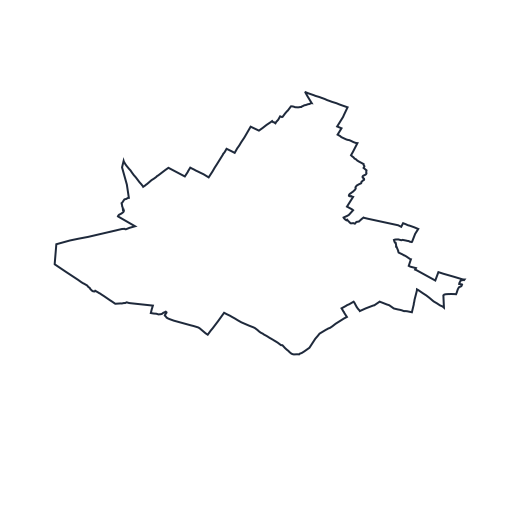 Sipote, Iasi, Romania, rotated 142°
{"feature_id": "2599482B43206903693326", "entity_name": "Sipote", "entity_type": "district", "adm_level": 2, "iso_a3": "ROU", "parent_name": "Romania", "parent_adm1": "Iasi", "projection": "equal_earth", "projection_center": [27.182, 47.479], "detail": "fine", "context": "isolated", "style": "outline", "palette": "slate", "viewbox_px": 512, "rotation_deg": 142, "n_neighbors": 0, "source": "geoboundaries", "source_scale": "gbopen_adm2", "svg_char_len": 6099}
<svg xmlns="http://www.w3.org/2000/svg" viewBox="0 0 512 512"><g transform="rotate(142 256 256)"><path d="M291.2,170.4L290.1,169.4L289.8,165.5L289.4,163.2L289.0,161.6L288.8,160.5L288.8,159.8L288.2,157.2L287.8,156.5L287.2,155.6L286.6,155.0L284.3,153.4L282.5,151.9L281.8,152.1L279.6,151.4L276.7,151.1L270.4,150.8L260.2,154.3L256.6,155.0L253.7,155.7L246.3,154.8L244.7,154.5L243.7,154.4L242.0,153.8L239.2,153.6L235.0,153.6L225.1,152.6L221.9,152.0L221.5,156.6L221.2,157.9L221.3,158.2L220.9,161.0L220.8,162.1L215.9,161.3L214.5,161.2L212.3,160.6L207.2,159.9L207.2,158.7L208.1,153.6L208.0,153.3L208.2,152.0L208.1,151.5L208.1,150.4L207.9,149.5L208.1,148.7L201.9,147.2L194.7,145.0L193.6,144.6L193.4,144.4L193.0,144.3L186.6,143.9L186.3,143.2L185.7,142.3L182.7,137.2L181.8,135.9L181.3,135.1L181.0,134.1L179.7,129.8L177.0,126.4L175.9,125.2L174.6,123.5L173.5,121.7L173.1,121.2L172.6,121.0L172.2,120.6L171.0,119.5L167.8,115.7L161.5,120.7L160.8,121.5L159.5,122.5L157.9,124.0L154.9,126.3L150.5,129.7L149.7,130.6L149.2,129.5L147.4,123.8L146.1,120.1L145.1,116.2L144.2,111.8L143.9,110.6L142.6,107.4L141.4,103.8L140.2,101.6L140.0,101.1L139.7,99.6L132.6,109.6L131.4,109.7L130.1,109.1L128.9,108.3L127.9,107.6L126.9,106.8L126.4,106.5L123.5,104.2L121.9,102.7L120.8,103.3L117.5,105.5L115.4,106.4L112.8,105.8L111.2,106.6L111.2,106.8L113.1,108.9L112.2,109.6L109.9,110.6L109.2,110.4L107.5,109.5L106.9,108.9L106.2,109.1L106.7,109.5L107.6,110.4L108.3,111.4L112.9,117.9L119.3,126.7L122.2,131.0L129.8,126.3L136.1,141.0L138.3,146.1L139.0,147.3L137.4,148.0L140.3,151.7L141.1,152.9L141.7,154.2L136.0,158.0L136.3,158.3L136.8,159.8L137.8,163.0L138.5,164.7L138.9,165.5L139.0,165.5L139.7,167.3L141.5,170.9L141.1,172.1L140.8,172.4L139.5,177.0L139.8,177.2L139.2,177.9L138.6,178.8L137.8,180.5L138.3,181.1L137.8,182.8L137.4,183.7L136.2,183.3L133.7,181.5L131.9,179.1L131.5,178.8L130.6,178.5L128.1,175.6L127.5,174.8L126.5,173.8L126.0,172.6L124.7,171.1L124.3,171.1L116.9,175.5L111.5,177.4L113.7,181.3L116.5,185.7L117.0,186.2L117.6,187.2L118.4,188.8L119.9,191.3L123.6,189.6L125.0,192.6L125.4,193.1L145.0,216.6L147.3,219.5L147.6,220.1L150.0,220.1L153.8,219.8L154.3,220.2L154.9,220.4L155.4,220.8L156.0,221.0L158.2,220.6L159.1,222.0L161.0,223.2L161.3,223.6L161.4,224.0L161.8,227.2L161.8,228.5L162.8,228.5L163.3,230.2L163.4,232.0L163.3,232.4L159.1,231.4L157.5,231.2L151.3,232.3L151.6,233.6L153.9,238.9L143.1,242.8L143.9,244.0L144.1,244.3L144.1,244.6L144.4,244.9L145.1,245.0L145.3,245.4L145.7,246.0L145.7,246.3L144.8,247.0L143.7,247.2L142.5,247.1L141.3,247.1L140.0,247.0L137.1,247.3L135.9,247.8L135.7,248.0L135.5,248.7L135.3,248.9L134.5,249.2L133.2,249.5L130.5,249.1L128.5,248.6L128.1,248.7L127.5,249.3L127.0,249.6L126.2,249.5L125.0,249.7L124.4,249.5L124.0,249.5L123.7,249.7L123.3,250.4L123.5,251.1L123.4,251.4L123.6,252.2L123.5,252.5L123.1,253.0L122.5,253.2L121.9,253.2L119.8,252.7L119.1,252.7L118.4,252.9L118.0,253.2L117.9,253.5L117.7,253.8L117.7,254.0L117.0,254.7L116.6,255.3L116.2,255.5L117.0,259.2L115.4,259.9L115.2,260.4L115.1,261.6L115.0,261.8L114.6,262.2L116.9,267.4L117.5,269.1L117.7,270.7L118.2,271.7L118.4,272.2L118.4,273.7L118.9,275.4L119.1,276.9L115.7,278.3L106.6,282.5L107.8,283.7L109.1,285.8L110.2,288.1L111.1,289.8L112.2,291.0L113.0,292.1L115.2,296.4L115.6,297.3L115.9,298.8L117.0,301.4L110.0,304.0L112.3,308.1L101.7,312.0L99.9,313.0L92.3,316.8L94.1,319.6L95.6,321.9L97.1,324.3L98.5,326.8L101.3,330.8L102.7,333.1L104.0,335.1L105.0,337.1L106.6,339.7L107.1,340.4L107.4,341.0L108.5,342.7L110.6,345.6L111.5,347.2L114.5,351.8L116.1,354.6L116.4,354.5L116.9,351.3L117.0,350.8L118.0,342.2L118.2,342.4L118.5,342.5L120.3,342.9L121.6,343.6L123.8,344.3L125.1,345.0L126.8,345.3L127.7,345.6L128.5,345.5L128.8,345.7L129.5,346.2L131.0,347.0L132.6,348.3L133.6,349.2L134.3,350.4L135.2,351.5L136.3,352.4L141.5,351.0L142.3,351.0L145.3,350.4L149.3,349.3L150.0,349.5L151.0,351.2L154.6,349.7L157.6,349.2L159.0,348.6L159.2,349.2L159.5,350.4L160.1,350.9L160.2,351.3L160.2,352.4L161.6,352.4L167.0,352.8L172.0,352.8L176.5,353.0L180.6,361.2L192.3,356.5L197.5,354.8L201.1,353.4L204.5,352.4L209.3,350.4L211.1,354.3L213.2,358.6L216.6,357.2L218.1,356.8L218.8,356.8L219.3,356.4L230.8,352.2L234.0,351.1L238.2,349.4L244.9,347.1L247.0,352.7L248.5,355.7L250.0,358.8L250.7,360.1L251.7,362.5L252.4,363.9L253.4,366.1L257.4,364.6L258.1,364.2L263.1,362.5L270.7,379.4L274.5,379.6L283.7,379.7L284.5,379.9L286.0,379.7L288.9,379.8L291.6,380.1L295.3,379.9L297.7,379.8L298.9,379.9L299.8,379.8L302.3,380.0L302.2,380.4L302.2,383.2L302.4,385.9L302.3,391.8L302.4,393.8L302.5,394.7L302.4,398.3L302.2,400.7L302.4,402.9L302.5,407.0L302.4,409.0L302.0,411.9L301.8,412.4L307.0,408.3L313.8,391.8L320.4,380.1L320.9,380.4L321.6,380.7L323.0,380.8L324.3,381.4L324.8,381.6L325.9,381.3L328.6,380.4L329.4,380.4L329.7,379.9L330.1,378.8L330.9,377.5L331.2,376.3L332.4,374.3L331.8,374.1L332.3,372.9L333.5,372.3L335.8,372.3L338.5,372.8L339.7,372.6L340.4,372.2L333.0,353.9L338.4,356.1L341.9,357.1L342.3,357.3L342.6,357.7L342.8,358.3L345.0,359.8L376.5,374.4L385.4,379.0L393.1,382.8L406.1,388.2L419.7,373.5L419.7,373.3L415.7,361.0L410.9,346.8L409.7,342.7L408.9,340.6L408.7,340.4L407.2,336.7L407.2,334.9L406.8,333.6L406.7,332.8L406.9,332.0L406.6,329.7L406.3,328.8L405.3,327.6L404.9,327.4L404.1,327.6L402.8,324.4L402.5,323.5L401.8,322.0L401.7,321.4L400.5,318.0L398.0,310.1L397.9,310.0L396.6,305.9L396.3,305.0L391.9,302.0L391.0,301.2L388.9,300.2L388.3,299.6L388.1,299.5L386.4,299.1L385.3,297.5L384.3,296.4L367.8,280.4L371.1,278.1L374.0,275.8L372.0,273.6L370.1,271.9L368.8,270.0L366.9,268.8L365.8,268.3L363.8,268.3L363.1,268.0L361.4,267.7L361.2,266.7L361.5,266.4L363.5,265.8L364.5,265.3L364.5,265.0L364.3,263.9L364.4,262.5L364.1,261.9L364.1,261.6L363.1,259.7L360.6,255.7L349.9,241.3L348.4,239.4L345.6,235.4L345.2,234.5L344.9,233.7L343.3,226.1L342.5,223.7L337.6,225.1L334.7,225.7L326.0,228.0L316.1,230.9L314.9,228.2L313.2,224.8L312.6,223.2L311.1,219.7L310.0,216.7L308.4,212.8L304.3,205.3L301.9,201.3L301.2,199.8L300.3,196.4L300.2,195.4L299.8,193.8L299.4,192.5L298.5,190.7L298.1,189.2L297.1,187.0L296.5,185.5L295.6,182.9L295.1,181.8L292.3,174.5L291.2,170.4Z" fill="none" stroke="#1e293b" stroke-width="2"/></g></svg>